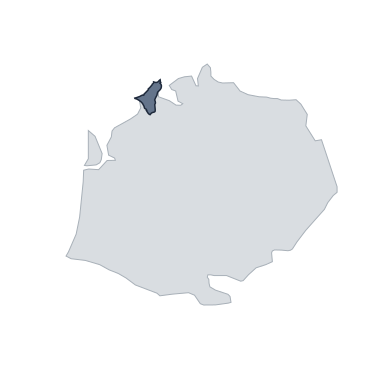 where Western sits in Sierra Leone, rotated 72°
{"feature_id": "SLE-761", "entity_name": "Western", "entity_type": "Province", "adm_level": 1, "iso_a3": "SLE", "parent_name": "Sierra Leone", "parent_adm1": "", "projection": "natural_earth1", "projection_center": [-13.113, 8.336], "detail": "fine", "context": "in_parent", "style": "filled", "palette": "slate", "viewbox_px": 384, "rotation_deg": 72, "n_neighbors": 0, "source": "natural_earth", "source_scale": "10m", "svg_char_len": 2499}
<svg xmlns="http://www.w3.org/2000/svg" viewBox="0 0 384 384"><g transform="rotate(72 192 192)"><path d="M309.0,189.0L308.9,191.8L306.6,204.7L303.1,215.8L300.8,218.6L290.9,221.5L286.7,226.4L283.1,242.2L280.8,254.6L277.4,256.6L262.9,274.6L253.4,281.3L246.8,287.2L240.5,294.8L232.6,302.2L224.1,314.6L218.1,327.6L214.0,331.6L210.8,328.0L196.3,315.2L181.1,306.6L148.6,292.3L137.8,288.3L138.2,283.2L141.9,273.9L135.8,263.0L138.2,255.1L135.8,255.1L131.2,259.9L121.3,258.5L114.7,251.7L109.3,249.2L107.0,245.8L103.5,227.8L101.1,219.7L96.1,214.7L86.1,213.4L82.0,202.5L76.5,194.0L77.4,188.8L81.9,189.1L85.4,192.9L91.1,194.4L98.2,185.3L104.5,180.3L106.0,175.9L105.2,173.5L101.3,177.2L90.9,176.3L88.3,179.6L83.6,180.7L79.9,169.9L80.1,163.6L81.6,156.6L92.2,155.4L93.1,153.2L85.8,151.7L76.6,143.6L75.0,138.0L79.5,136.1L83.8,137.0L87.6,138.2L91.7,136.2L95.5,133.1L97.8,129.2L100.9,118.7L110.8,115.1L116.7,108.7L122.2,98.7L124.8,91.7L127.1,88.2L128.5,85.1L129.6,81.8L132.1,78.7L134.7,71.3L136.4,64.5L142.1,61.3L153.8,58.4L164.3,63.3L181.4,59.0L182.3,52.7L197.9,52.6L216.4,52.5L231.8,52.4L237.1,54.1L239.0,58.8L244.1,66.2L249.4,71.4L256.0,82.7L263.7,95.8L271.9,107.6L277.2,114.1L277.8,116.3L277.5,118.9L274.9,124.9L272.6,131.4L272.9,133.8L274.4,135.1L283.1,137.1L283.9,144.4L283.9,154.4L288.1,163.8L292.1,170.7L291.9,173.2L282.2,184.9L278.4,196.6L276.5,199.9L275.7,202.5L277.7,203.8L280.3,203.0L284.1,204.0L287.7,204.3L292.5,200.1L300.4,189.4L303.1,188.1L309.0,189.0ZM134.6,283.8L133.5,286.1L128.3,280.3L101.5,271.6L109.1,267.0L127.7,265.6L133.2,268.3L135.7,270.6L136.6,274.8L134.6,283.8Z" fill="#d9dde1" stroke="#a8b0b8" stroke-width="1"/><path d="M99.6,210.6L99.9,209.9L99.2,210.0L98.7,210.4L98.3,210.8L97.8,211.1L97.2,211.3L96.9,211.2L96.5,211.2L95.9,211.1L92.5,211.7L90.7,212.5L88.5,214.0L86.6,215.7L85.4,217.4L85.0,217.4L85.1,215.9L85.0,212.1L84.6,210.2L84.6,209.1L85.0,208.0L84.1,207.2L81.4,202.2L81.2,202.1L81.0,201.8L80.7,201.8L80.3,201.6L80.1,200.9L79.7,200.0L77.8,196.9L77.2,196.5L76.9,195.6L76.4,194.8L75.4,194.5L76.5,192.9L76.8,192.2L76.9,191.0L76.7,190.2L75.7,188.5L75.4,187.6L77.1,187.9L77.5,188.2L78.1,187.9L78.2,188.1L78.6,188.9L79.9,188.2L81.3,188.2L82.7,188.7L83.9,189.5L84.9,190.8L86.5,193.9L89.2,195.5L91.1,197.5L93.0,199.1L94.4,198.9L94.7,199.1L96.0,199.2L96.8,199.9L97.3,200.4L102.2,201.5L103.3,201.9L104.0,202.3L104.2,202.7L104.3,203.3L104.2,204.9L104.4,206.2L105.5,208.0L104.4,209.0L103.5,209.4L99.7,210.4L99.6,210.5L99.6,210.6Z" fill="#64748b" stroke="#1e293b" stroke-width="1.5"/></g></svg>